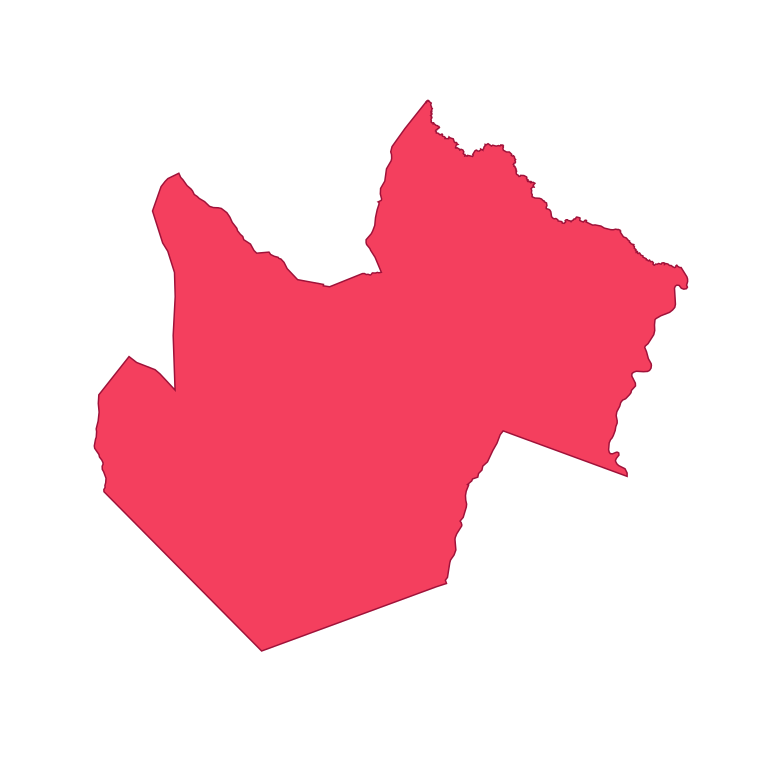 Mwandi, Western, Zambia, rotated 282°
{"feature_id": "96606910B67741623521388", "entity_name": "Mwandi", "entity_type": "district", "adm_level": 2, "iso_a3": "ZMB", "parent_name": "Zambia", "parent_adm1": "Western", "projection": "albers", "projection_center": [24.97, -17.112], "detail": "fine", "context": "isolated", "style": "filled", "palette": "rose", "viewbox_px": 768, "rotation_deg": 282, "n_neighbors": 0, "source": "geoboundaries", "source_scale": "gbopen_adm2", "svg_char_len": 6170}
<svg xmlns="http://www.w3.org/2000/svg" viewBox="0 0 768 768"><g transform="rotate(282 384 384)"><path d="M668.4,366.4L638.3,351.4L617.9,342.5L612.5,342.3L609.9,343.7L606.2,344.6L603.9,344.6L595.0,341.7L582.6,342.6L574.6,340.0L569.1,340.9L564.5,343.2L563.1,343.2L560.9,340.4L560.5,341.4L558.8,341.7L553.0,341.1L545.0,341.1L537.2,342.0L531.2,341.1L528.3,340.3L521.4,336.5L518.5,337.1L516.8,338.0L513.6,342.0L511.9,343.2L506.1,348.9L492.7,358.2L491.7,355.8L491.8,354.3L490.8,352.7L490.2,349.5L488.3,348.6L487.7,347.8L488.0,345.6L487.4,343.8L488.0,341.9L487.5,339.9L467.8,310.6L467.4,304.2L468.8,304.1L468.1,277.8L476.7,265.3L482.2,260.9L484.8,257.2L485.0,255.1L485.9,254.1L486.1,250.1L487.1,246.2L489.1,244.1L485.5,232.3L487.5,229.1L493.1,224.3L496.0,216.8L498.9,215.2L500.5,212.4L503.5,208.8L505.7,207.7L510.5,202.0L515.1,198.6L518.9,194.7L521.9,188.4L521.9,185.2L521.1,180.5L521.5,176.4L525.1,170.6L527.1,164.7L528.6,162.3L529.9,159.0L533.0,156.6L534.6,154.7L537.1,150.1L542.0,144.8L543.8,142.2L547.5,139.5L540.0,129.9L536.7,127.8L530.7,124.9L505.1,121.6L475.9,138.2L468.9,144.9L449.5,155.9L426.0,161.6L387.6,167.7L334.6,180.9L347.3,162.8L350.4,157.1L353.6,137.6L357.8,128.9L314.1,107.3L305.5,108.6L297.2,111.2L288.3,112.1L280.3,111.8L277.6,112.8L272.1,113.6L270.2,113.3L263.2,113.5L260.9,114.4L255.8,119.8L253.4,120.9L250.9,123.8L248.6,125.5L247.1,125.9L245.0,125.4L241.9,126.2L239.9,128.0L234.0,131.7L229.5,132.3L226.8,132.1L224.7,132.7L222.6,131.9L220.4,132.5L97.4,319.8L196.4,477.1L201.9,486.6L204.9,484.8L208.0,486.3L222.9,485.5L225.7,485.7L231.4,488.1L236.6,488.8L246.5,485.8L248.5,485.6L252.6,486.3L261.3,489.5L262.4,489.4L264.5,488.3L265.7,486.9L270.0,489.2L280.7,490.1L283.7,489.8L287.4,488.1L291.8,486.9L296.2,486.7L302.8,487.8L303.0,486.6L307.5,490.0L309.5,490.3L312.4,495.1L316.1,495.1L320.2,497.7L324.2,497.7L329.3,501.4L341.7,504.3L349.5,506.8L358.6,508.2L362.9,510.3L344.2,641.0L347.5,640.3L351.2,637.4L353.0,630.5L354.4,628.3L356.5,626.6L357.5,626.3L359.7,626.8L363.3,628.6L365.4,627.9L365.8,626.6L365.6,625.5L363.2,622.0L362.9,619.9L364.1,618.5L366.3,617.4L373.2,616.5L376.7,617.2L378.4,618.2L381.1,619.0L386.5,619.8L390.4,619.6L394.3,620.2L396.6,619.7L401.3,617.7L405.2,617.5L411.4,619.2L415.0,619.4L417.8,620.7L419.8,623.4L424.6,626.4L426.9,627.4L429.2,627.4L434.4,630.4L437.1,629.7L443.3,624.7L445.9,624.4L447.6,626.0L448.9,628.1L450.0,635.3L451.1,639.2L452.5,640.9L455.0,641.9L457.8,641.7L459.4,641.1L463.8,637.3L470.1,634.1L474.0,631.4L475.5,631.7L478.4,633.9L488.3,637.6L492.6,637.7L498.0,636.3L503.3,635.7L504.5,636.4L508.3,640.6L513.5,648.5L516.4,650.9L519.4,652.5L522.6,652.5L538.2,648.2L540.4,648.7L541.6,649.9L541.8,652.2L539.5,654.9L539.1,657.5L540.1,660.0L541.8,660.7L543.6,659.4L547.3,659.7L549.8,659.1L551.8,658.0L559.7,650.4L559.4,649.2L560.1,646.9L561.1,645.7L560.4,645.0L559.0,645.0L558.3,644.2L558.6,642.4L559.6,640.2L559.3,638.6L560.4,636.8L560.4,634.4L559.3,633.5L560.5,633.2L560.8,632.6L560.2,630.7L558.8,630.1L559.0,627.5L557.9,626.3L557.8,624.8L556.4,623.8L556.6,623.0L557.2,622.2L558.6,622.3L559.6,620.9L559.1,619.3L560.4,618.0L559.4,616.9L560.2,615.6L560.0,614.8L561.1,614.4L561.9,611.0L563.1,610.7L563.5,608.5L565.2,606.9L565.3,606.4L564.4,605.4L564.7,604.7L566.0,604.4L565.4,603.4L566.5,603.5L566.8,602.3L567.9,602.5L568.8,600.6L570.6,600.3L571.1,599.2L572.3,599.4L572.4,596.8L573.4,595.6L573.6,594.7L574.9,594.5L575.1,593.4L577.2,590.7L577.7,587.6L581.4,583.8L582.8,583.6L582.8,583.1L583.6,582.8L583.9,580.8L583.6,580.4L583.6,578.4L582.5,576.1L582.1,573.7L582.3,567.1L583.6,563.4L583.5,557.4L582.8,555.1L584.5,548.0L585.8,548.2L586.2,547.7L586.0,546.7L583.9,545.3L584.2,543.2L584.8,541.4L586.9,541.3L587.3,541.0L587.4,537.8L586.9,537.3L585.4,537.0L584.9,535.5L583.7,535.1L583.2,534.2L581.6,533.2L582.3,532.1L582.2,530.2L582.8,529.3L582.5,528.0L581.4,527.2L580.4,528.0L578.6,526.8L578.5,524.9L579.5,524.5L579.8,523.8L579.7,520.4L580.8,519.8L581.6,517.7L581.0,516.2L581.2,515.0L582.5,513.1L587.1,511.4L588.5,510.2L589.1,509.0L589.3,506.3L590.8,505.9L592.3,506.3L594.9,505.3L595.6,502.9L596.4,502.5L596.5,501.5L597.7,499.6L598.0,497.5L597.3,493.0L598.0,489.9L600.1,489.6L601.4,488.5L604.2,488.2L605.6,487.2L607.7,488.6L607.8,489.8L609.5,488.6L611.7,489.9L612.3,488.0L611.8,486.5L612.6,485.9L612.5,485.0L611.7,485.2L612.2,484.3L612.0,482.5L612.5,482.1L612.9,482.6L613.2,482.0L613.7,482.3L614.4,480.7L615.6,480.8L616.2,480.4L617.0,477.5L616.5,474.3L615.6,474.0L615.1,472.9L616.0,472.1L616.7,470.1L618.0,469.3L619.7,469.5L619.9,468.7L620.9,468.9L621.4,468.3L622.4,468.2L622.8,467.3L623.9,466.9L624.0,465.8L625.2,465.6L625.6,464.8L627.0,465.3L627.5,466.3L628.5,466.5L629.9,465.5L630.8,466.1L632.1,464.6L633.1,464.5L634.2,463.2L633.7,462.3L634.0,461.1L635.2,461.2L637.0,458.4L636.4,455.6L637.5,452.1L639.2,451.3L640.4,451.5L641.1,451.0L641.7,451.3L642.4,450.6L642.1,448.7L641.7,448.9L641.2,448.2L640.9,447.2L641.1,446.6L640.0,444.3L640.2,440.7L639.1,439.7L640.7,435.8L639.1,434.1L639.4,433.1L637.6,433.2L636.5,432.5L634.9,432.6L633.7,431.7L633.3,431.9L633.9,429.7L633.1,429.9L631.5,428.6L631.4,426.8L632.0,426.1L631.9,425.5L631.0,424.5L627.0,423.1L626.5,423.7L625.0,423.3L625.0,418.2L624.1,417.9L624.3,416.6L623.8,415.6L625.3,415.5L625.3,414.3L625.9,413.6L627.7,413.8L629.3,412.4L629.6,410.5L628.6,409.5L629.5,408.7L630.3,406.3L629.7,405.5L629.9,404.8L632.9,405.0L633.7,406.5L634.2,405.5L635.0,405.0L635.3,404.2L634.8,403.5L635.4,402.4L638.2,400.8L638.5,397.5L639.2,396.2L637.4,396.1L636.8,392.6L637.9,392.6L638.5,391.4L638.6,389.7L639.2,389.2L640.1,389.4L640.6,388.8L639.4,387.0L640.6,384.6L640.4,383.0L641.7,382.6L642.2,381.8L643.5,382.3L643.6,382.9L644.9,383.3L645.1,384.1L646.5,384.9L647.3,384.1L647.1,383.6L647.8,382.7L647.8,381.1L649.2,378.6L648.8,378.2L649.8,378.1L649.4,376.7L650.2,375.5L651.0,375.7L652.7,374.9L654.4,375.5L654.7,374.8L655.7,374.9L656.2,373.8L657.3,374.5L658.0,374.0L658.3,374.7L659.5,374.0L659.5,373.5L660.2,373.3L661.0,373.5L661.0,374.0L662.1,373.6L663.5,374.0L664.1,373.0L665.2,372.7L666.7,371.6L668.6,371.8L669.4,370.0L670.1,369.3L669.9,368.8L670.4,368.7L670.6,368.1L670.2,368.0L669.9,367.1L669.1,367.1L668.9,366.5L668.3,366.7L668.4,366.4Z" fill="#f43f5e" stroke="#9f1239" stroke-width="1.5"/></g></svg>